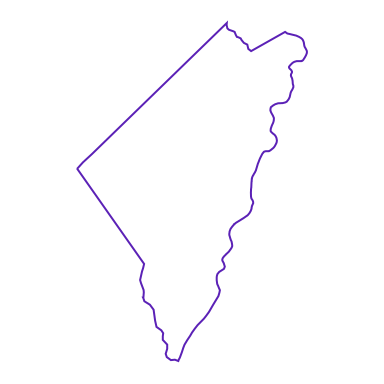 the district of Marche Gaye, Choiseul, Saint Lucia
{"feature_id": "8701671B7895347248645", "entity_name": "Marche Gaye", "entity_type": "district", "adm_level": 2, "iso_a3": "LCA", "parent_name": "Saint Lucia", "parent_adm1": "Choiseul", "projection": "robinson", "projection_center": [-61.009, 13.821], "detail": "fine", "context": "isolated", "style": "outline", "palette": "violet", "viewbox_px": 384, "rotation_deg": 0, "n_neighbors": 0, "source": "geoboundaries", "source_scale": "gbopen_adm2", "svg_char_len": 5599}
<svg xmlns="http://www.w3.org/2000/svg" viewBox="0 0 384 384"><path d="M226.8,23.0L91.9,154.1L83.0,162.3L77.4,168.5L77.3,168.8L77.1,168.6L144.1,263.9L143.1,268.1L142.0,271.5L140.1,280.0L141.0,283.1L143.6,290.0L143.8,292.4L143.4,297.6L143.1,297.6L143.3,298.0L144.4,301.3L149.9,304.7L153.6,309.7L155.1,320.6L156.5,326.9L161.3,330.3L163.2,333.2L162.8,336.2L162.8,339.9L167.2,344.6L167.2,348.8L165.7,353.8L166.8,357.1L170.9,360.1L174.9,359.7L178.3,361.0L178.8,359.5L179.3,358.7L179.9,357.5L181.5,353.2L181.9,352.1L183.3,347.8L184.5,344.7L187.2,340.2L189.0,337.5L190.1,335.9L192.0,332.6L195.0,328.4L195.5,327.8L197.6,325.1L203.9,318.7L206.1,315.9L208.8,312.2L209.3,311.4L213.0,305.0L215.6,300.7L218.4,296.1L219.4,292.7L219.9,290.2L218.9,287.9L218.0,285.6L217.8,285.2L217.5,284.7L217.3,284.1L217.2,283.9L216.7,280.2L216.7,279.0L216.7,277.8L216.7,277.5L216.7,277.3L216.8,276.5L216.9,275.8L217.0,275.5L217.4,274.1L219.2,271.9L219.4,271.8L219.5,271.7L221.4,270.5L223.9,268.9L224.3,268.0L224.8,266.6L224.5,265.6L224.1,264.3L223.7,263.0L223.4,262.6L223.2,262.1L222.8,261.4L222.4,260.7L222.4,260.3L222.3,260.1L222.3,259.8L222.3,259.7L222.3,259.4L222.5,258.9L222.6,258.4L222.8,258.1L223.2,257.4L223.5,257.1L224.0,256.4L224.3,256.1L224.6,255.8L224.9,255.5L225.1,255.3L225.7,254.7L225.8,254.5L226.0,254.4L226.1,254.2L226.4,254.0L226.7,253.7L228.5,252.0L228.7,251.8L228.8,251.7L229.2,251.2L229.3,251.0L229.7,250.5L230.0,250.0L230.2,249.8L230.2,249.7L230.5,249.4L230.7,249.1L231.3,248.2L231.5,247.9L231.9,247.0L232.1,246.6L232.2,246.0L232.2,245.3L232.0,243.8L231.6,241.7L231.4,241.2L231.2,240.7L230.8,240.0L230.6,239.2L230.4,238.8L230.3,238.4L230.2,238.1L230.0,237.3L229.7,236.3L229.6,235.9L229.4,235.3L229.3,234.9L229.3,233.9L229.3,233.6L229.4,233.2L229.6,231.4L230.5,229.0L231.0,228.3L231.4,227.7L232.0,226.9L232.7,226.0L233.1,225.6L233.3,225.3L233.8,224.7L234.0,224.6L234.3,224.3L234.3,224.1L234.5,224.1L234.6,223.9L235.0,223.6L235.8,222.9L243.7,218.0L247.7,215.2L248.9,213.8L249.6,212.9L250.1,212.0L250.2,211.9L250.4,211.4L250.5,211.3L250.7,211.0L250.8,210.8L251.2,209.6L251.3,209.2L251.5,208.9L251.5,208.7L251.6,208.1L251.6,207.8L251.6,207.6L251.7,207.4L251.7,207.1L251.9,206.5L251.9,206.1L252.2,205.6L252.2,205.4L252.3,205.2L252.5,204.7L252.7,204.4L253.0,203.5L253.1,203.4L253.2,203.2L253.1,201.7L253.0,201.4L252.7,200.6L252.4,200.0L251.5,198.7L251.2,197.8L251.2,197.3L251.1,197.0L251.0,196.6L251.0,196.3L250.9,192.4L251.0,190.7L251.0,189.6L251.0,189.3L251.1,189.1L251.1,188.6L251.2,187.9L251.2,187.7L251.3,187.4L251.3,187.2L251.3,186.8L251.3,186.7L251.4,184.9L251.4,184.7L251.4,183.9L251.5,182.9L251.5,182.1L251.6,181.7L251.6,181.3L251.7,181.2L251.7,180.6L251.7,180.2L251.7,179.9L251.8,179.3L251.8,179.0L251.9,178.9L251.9,178.4L252.0,178.3L252.0,178.0L252.3,177.0L252.6,176.4L252.9,175.7L253.4,175.0L253.9,174.0L254.6,172.9L254.7,172.7L254.9,172.4L255.0,172.3L255.2,171.7L255.5,171.2L255.9,170.3L256.0,170.1L256.1,169.6L256.2,169.3L257.7,164.3L257.9,163.6L258.4,162.5L258.7,161.7L259.5,159.6L260.1,158.2L260.9,156.6L261.6,155.2L262.5,153.5L263.0,153.0L263.1,152.8L263.3,152.6L263.4,152.4L263.9,151.8L264.1,151.8L264.4,151.6L264.7,151.5L265.2,151.3L265.4,151.3L265.8,151.2L266.5,151.2L267.0,151.2L267.3,151.2L268.4,151.2L268.5,151.1L269.1,151.1L269.6,150.8L270.1,150.5L270.3,150.4L270.7,150.1L273.3,148.0L274.1,147.1L275.0,145.8L276.0,143.8L276.2,143.6L276.4,142.9L276.7,142.1L276.9,140.4L276.5,138.2L276.3,137.6L275.7,136.3L275.2,135.6L274.4,134.6L273.9,134.3L273.0,133.6L272.4,133.0L272.2,132.9L271.5,132.2L271.0,131.7L270.7,131.2L270.7,130.9L270.6,130.3L270.7,129.4L270.8,129.1L270.8,128.5L271.2,127.5L271.3,127.2L271.5,126.5L271.9,125.5L272.5,124.1L272.8,123.6L272.9,123.4L273.5,121.7L273.7,120.7L273.8,120.3L273.9,118.4L273.9,118.0L272.9,115.6L271.5,113.2L271.2,112.5L271.1,112.4L271.0,112.1L270.9,111.9L270.7,111.3L270.6,111.1L270.4,110.6L270.5,110.4L270.4,109.5L270.5,109.0L270.5,108.8L270.5,108.6L270.6,108.3L270.7,108.0L270.7,107.8L270.8,107.5L270.9,107.2L271.4,106.8L271.5,106.7L272.1,106.3L272.4,106.0L272.9,105.6L274.9,104.4L275.6,104.1L275.9,104.0L276.6,103.8L278.0,103.3L282.5,103.1L283.5,102.9L285.4,102.4L286.7,101.7L286.9,101.5L287.4,100.8L288.0,100.1L288.8,99.0L288.9,98.7L289.7,97.1L290.6,93.0L290.8,92.4L291.1,91.7L291.2,91.4L291.7,90.6L291.9,90.3L292.6,89.0L293.0,88.0L293.1,87.8L293.3,87.4L293.4,85.9L293.3,85.7L293.2,85.3L293.2,85.1L293.1,84.9L292.8,83.9L292.6,81.0L292.6,80.8L292.5,80.4L292.4,80.1L292.4,79.9L292.1,78.4L291.1,76.3L291.1,76.1L291.0,75.9L291.0,75.7L290.9,75.4L290.9,75.1L291.0,74.9L291.0,74.7L291.0,74.3L291.9,72.6L292.0,72.1L292.0,71.6L291.3,70.2L290.2,69.1L289.8,68.8L289.6,68.6L289.4,68.3L289.3,68.2L289.2,67.7L289.0,67.4L289.0,66.9L289.2,66.5L289.5,66.1L290.0,65.5L290.3,65.1L292.0,63.4L292.4,63.0L292.6,62.9L293.1,62.5L293.7,62.2L293.8,62.1L294.4,61.8L296.8,61.1L301.4,61.1L301.5,61.1L301.8,61.0L301.8,60.9L302.0,60.9L302.3,60.7L302.5,60.6L302.9,60.3L303.0,60.2L303.3,59.8L304.5,57.9L304.7,57.7L305.0,57.1L306.0,55.3L306.8,53.2L306.9,52.3L306.9,51.5L306.7,50.6L305.8,48.8L304.6,46.7L304.4,46.0L304.3,45.7L304.3,45.4L304.2,45.1L304.1,44.6L304.1,44.3L304.1,44.2L304.0,43.8L304.0,43.5L303.9,43.3L303.9,43.1L303.9,42.8L303.8,42.7L303.7,42.0L303.6,41.8L303.1,40.6L303.1,40.4L302.9,40.2L302.5,39.5L302.1,39.0L301.4,38.4L301.2,38.2L300.9,38.0L300.8,37.9L300.6,37.8L299.6,37.2L299.1,36.9L296.2,35.6L289.6,34.0L287.3,33.5L286.5,32.9L285.1,31.9L251.1,51.1L248.3,48.9L247.3,44.6L243.9,42.9L241.6,40.1L240.7,38.4L238.4,37.3L236.9,36.9L235.8,34.9L234.6,31.9L233.1,31.2L230.5,30.3L229.0,29.8L227.4,28.4L226.6,25.0L226.8,23.0Z" fill="none" stroke="#5b21b6" stroke-width="2"/></svg>